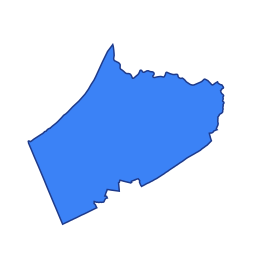 outline of Dong Hai, Bạc Liêu, Vietnam, rotated 171°
{"feature_id": "81297802B21221579574343", "entity_name": "Dong Hai", "entity_type": "district", "adm_level": 2, "iso_a3": "VNM", "parent_name": "Vietnam", "parent_adm1": "Bạc Liêu", "projection": "natural_earth1", "projection_center": [105.374, 9.137], "detail": "fine", "context": "isolated", "style": "filled", "palette": "blue", "viewbox_px": 256, "rotation_deg": 171, "n_neighbors": 0, "source": "geoboundaries", "source_scale": "gbopen_adm2", "svg_char_len": 5609}
<svg xmlns="http://www.w3.org/2000/svg" viewBox="0 0 256 256"><g transform="rotate(171 128 128)"><path d="M32.4,159.6L34.9,158.6L37.0,157.5L37.4,157.4L37.7,157.3L38.0,157.4L38.2,157.5L38.5,157.7L38.7,157.9L39.5,159.2L40.4,160.4L41.1,161.4L41.7,162.3L43.3,163.5L44.0,164.0L44.4,164.2L44.8,164.3L45.2,164.2L45.4,164.1L45.9,163.7L46.7,163.2L47.7,162.5L48.2,162.3L49.4,161.9L55.7,160.3L56.4,160.2L56.7,160.2L57.3,160.3L57.9,160.4L59.4,161.1L60.2,161.7L61.9,163.3L62.9,164.2L63.5,165.0L64.0,165.9L64.6,166.8L65.8,168.2L66.2,168.5L66.5,168.8L66.8,168.8L67.7,168.7L68.0,168.7L68.6,168.9L69.1,169.2L69.9,169.8L70.0,170.0L70.2,170.3L70.4,170.8L70.5,171.3L70.5,172.2L70.6,172.6L70.8,173.1L71.0,173.2L71.2,173.3L71.6,173.4L71.9,173.5L74.2,173.6L75.4,173.9L76.1,174.2L78.0,175.1L79.9,176.3L80.7,176.8L80.8,176.9L81.2,177.0L81.6,176.9L81.9,176.6L82.2,176.3L82.6,175.2L83.0,174.5L84.0,173.2L84.4,172.9L84.5,172.8L85.0,172.8L85.6,173.0L87.3,173.7L87.8,173.8L89.9,173.9L91.6,173.9L93.5,173.7L93.8,173.7L94.3,173.8L94.8,174.0L95.1,174.3L95.4,174.7L95.4,175.1L95.3,175.4L95.2,175.7L94.4,176.3L94.1,176.6L93.8,177.2L93.8,177.4L93.7,177.7L93.8,178.3L93.9,178.6L94.0,178.8L94.4,179.2L94.7,179.4L95.2,179.7L96.8,180.1L97.3,180.3L97.9,180.6L98.7,181.2L99.2,181.4L99.4,181.4L100.1,181.5L100.3,181.5L101.6,181.1L102.5,180.8L103.2,180.6L103.6,180.5L103.9,180.6L104.3,180.7L104.6,181.0L104.9,181.3L105.3,182.2L105.5,182.6L105.8,182.9L106.3,183.1L106.7,183.1L107.0,183.0L107.2,182.8L107.5,182.2L107.8,181.7L108.9,180.1L109.4,179.6L110.0,179.1L110.7,178.7L111.9,178.0L114.0,176.7L114.4,176.5L115.0,176.3L115.6,176.4L115.7,176.5L115.9,176.7L116.0,177.3L116.4,178.8L116.6,179.5L117.1,180.5L117.5,181.0L118.0,181.3L118.5,181.5L119.1,181.7L120.3,181.9L120.7,182.0L121.5,182.4L121.8,182.6L122.1,183.0L123.7,185.0L124.7,186.1L125.9,187.2L126.1,187.3L126.3,187.8L126.4,188.5L126.4,188.9L126.3,189.2L126.0,190.7L125.9,191.6L125.9,192.0L126.2,192.7L126.5,193.2L127.2,194.1L127.6,194.3L130.2,196.2L130.7,196.5L130.9,196.8L131.0,197.0L131.2,197.5L131.3,198.1L131.3,198.8L131.1,199.5L130.4,201.6L130.3,202.0L130.2,203.2L130.1,203.9L129.9,206.9L129.8,210.3L129.9,212.1L130.0,212.8L136.2,206.8L143.0,197.1L147.5,190.3L151.9,183.7L154.2,180.5L157.4,177.0L160.9,172.6L165.2,168.1L172.4,162.2L179.4,157.5L184.8,153.3L187.2,151.7L189.6,150.6L192.0,148.6L196.2,145.4L198.3,144.0L202.2,141.8L204.7,140.2L204.8,140.0L205.0,139.9L205.3,140.0L205.8,139.9L207.2,139.4L207.8,139.0L208.7,138.4L209.0,137.9L209.3,137.8L210.0,137.6L210.8,137.5L211.2,137.3L211.5,136.9L212.1,136.6L212.5,136.4L212.7,136.1L213.3,135.8L214.0,135.6L222.6,131.8L225.5,130.2L226.4,129.8L226.9,130.2L228.0,130.7L228.3,130.7L228.6,130.5L228.6,130.2L228.5,129.1L228.6,128.8L227.7,125.0L226.9,121.9L226.3,119.4L225.2,114.8L222.4,103.9L218.8,89.2L217.3,82.7L212.6,63.4L211.9,60.7L208.9,48.4L207.6,43.2L200.8,45.2L198.6,45.9L197.6,46.1L196.2,46.6L193.3,47.4L190.5,48.3L187.7,49.2L185.0,49.9L181.0,51.1L179.8,51.5L175.6,52.8L172.7,53.7L172.0,53.9L171.3,54.1L171.9,55.9L172.1,56.9L172.4,57.6L172.7,57.9L173.1,58.4L173.2,58.6L173.3,58.8L173.3,59.0L172.9,60.2L172.9,60.7L172.4,60.6L171.7,60.1L170.8,59.6L169.6,59.5L169.4,59.4L168.9,59.1L168.4,59.0L167.9,59.0L167.2,59.1L166.6,59.0L166.3,58.8L166.0,58.7L165.2,58.8L164.4,58.6L164.1,58.6L163.8,58.7L163.3,58.9L163.2,59.0L162.7,59.9L162.0,60.9L161.8,61.1L161.4,61.5L161.0,61.8L160.6,62.0L160.3,62.1L159.9,62.1L159.7,62.1L159.4,62.1L159.5,62.5L159.7,63.4L159.8,63.8L160.0,64.0L160.6,64.2L161.1,64.4L161.5,64.5L160.6,66.0L160.2,67.0L159.5,68.1L158.9,69.1L158.5,69.7L158.2,70.5L156.9,70.2L154.6,69.4L149.2,67.8L147.8,67.4L146.5,67.0L146.3,69.2L145.9,75.4L145.3,75.6L145.1,75.7L144.9,76.0L144.5,77.1L144.4,77.3L144.1,77.7L142.7,77.1L140.5,76.1L138.4,75.2L134.3,73.5L134.0,73.3L132.9,73.7L133.1,74.8L130.5,75.4L129.1,75.6L129.1,75.8L126.7,76.2L125.9,76.3L124.7,74.3L124.7,74.1L125.0,73.1L125.1,72.8L125.1,72.5L124.4,69.5L124.3,69.3L124.0,69.0L124.0,68.8L123.8,68.2L121.3,69.0L119.4,69.7L117.7,70.3L115.6,70.8L113.5,71.6L112.3,71.9L109.6,73.0L107.9,73.5L107.4,73.7L103.8,75.3L100.9,76.6L99.9,77.0L97.4,78.3L95.4,79.1L93.8,80.0L91.4,81.1L83.4,84.8L82.0,85.5L80.1,86.3L79.0,86.8L75.4,88.7L74.3,89.2L73.1,89.7L66.9,92.0L63.9,93.2L62.9,93.5L60.8,94.4L60.0,94.7L58.5,95.7L55.3,97.3L54.5,97.8L53.8,98.1L52.5,98.7L47.6,102.3L47.8,103.3L48.1,105.2L48.2,106.7L48.4,108.2L48.5,110.1L47.0,110.1L46.5,110.0L46.0,110.1L45.8,110.1L45.5,110.2L45.1,110.4L44.4,110.8L43.9,111.4L43.5,111.6L42.2,112.0L41.6,112.1L41.1,112.3L40.3,112.4L40.7,113.0L40.8,113.3L40.8,113.6L40.6,113.9L40.4,114.3L40.0,114.9L39.7,115.5L39.4,115.9L39.2,116.1L39.0,116.3L38.8,117.0L38.4,117.7L38.3,118.0L38.3,118.7L38.3,119.9L38.3,120.4L38.3,120.8L38.0,121.6L38.0,122.2L37.7,123.2L37.6,123.6L37.6,124.3L37.6,124.6L37.5,124.8L36.8,125.4L35.8,126.5L35.7,126.9L35.5,127.0L34.5,127.6L33.4,127.9L33.1,128.1L32.3,128.7L31.9,129.2L31.9,129.3L31.9,130.1L31.8,130.3L31.2,131.6L31.1,132.0L31.1,132.5L31.2,133.0L31.1,133.4L30.9,134.1L30.6,134.7L30.5,134.9L30.5,135.5L30.4,136.2L30.3,136.5L30.1,136.8L29.6,137.2L29.4,137.6L29.3,137.9L29.3,138.1L29.3,138.4L29.6,138.9L30.2,139.4L30.2,139.5L30.3,139.7L30.3,139.9L30.3,140.2L30.1,140.5L29.7,141.2L29.5,141.7L29.4,142.1L29.4,143.5L29.3,143.8L29.1,144.1L28.5,144.8L28.5,145.0L28.6,145.4L28.7,145.7L29.0,146.2L29.9,147.2L30.2,147.8L30.5,148.4L30.6,148.8L30.7,150.5L30.0,150.9L29.8,151.0L29.6,151.2L29.4,151.6L29.0,152.0L27.8,152.4L27.6,152.5L27.4,152.9L27.4,153.2L27.4,153.3L27.5,153.7L27.9,154.5L28.2,155.3L28.4,155.7L28.8,156.0L29.7,156.3L30.6,156.9L31.9,158.1L32.1,158.3L32.2,158.9L32.2,159.3L32.4,159.6Z" fill="#3b82f6" stroke="#1e3a8a" stroke-width="1.5"/></g></svg>